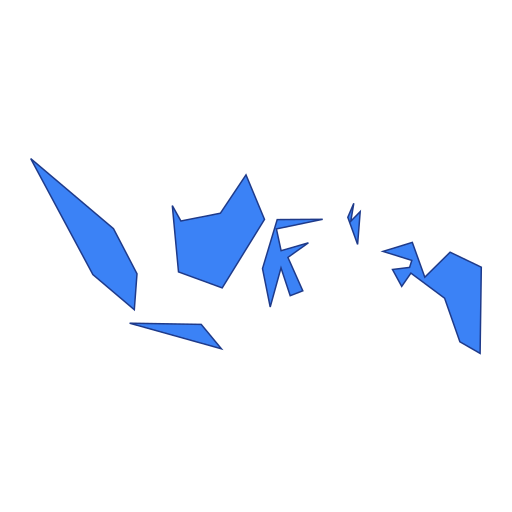 the border of Indonesia
{"feature_id": "IDN", "entity_name": "Indonesia", "entity_type": "country or territory", "adm_level": 0, "iso_a3": "IDN", "parent_name": "Asia", "parent_adm1": "", "projection": "equal_earth", "projection_center": [119.503, -2.501], "detail": "coarse", "context": "isolated", "style": "filled", "palette": "blue", "viewbox_px": 512, "rotation_deg": 0, "n_neighbors": 0, "source": "natural_earth", "source_scale": "50m", "svg_char_len": 734}
<svg xmlns="http://www.w3.org/2000/svg" viewBox="0 0 512 512"><path d="M172.3,205.6L180.9,221.0L220.4,213.2L246.0,174.9L264.5,219.4L222.2,287.9L178.5,271.9L172.3,205.6ZM30.7,158.6L113.5,228.7L137.0,273.8L134.3,309.7L92.9,274.6L30.7,158.6ZM481.3,267.2L480.1,353.4L459.9,341.8L444.6,298.2L410.9,273.1L401.7,286.4L392.5,269.5L409.6,267.4L411.8,260.4L383.0,251.4L412.3,242.4L424.8,277.2L450.1,252.2L481.3,267.2ZM322.7,219.3L276.4,228.9L281.1,250.7L308.4,242.8L287.9,257.4L302.8,290.8L290.2,295.7L281.0,267.9L270.2,307.0L262.5,268.6L277.2,219.6L322.7,219.3ZM129.6,323.2L201.2,324.4L221.4,348.8L129.6,323.2ZM350.8,221.2L360.2,211.6L357.6,244.4L347.8,217.3L353.8,203.3L350.8,221.2Z" fill="#3b82f6" stroke="#1e3a8a" stroke-width="1.5"/></svg>